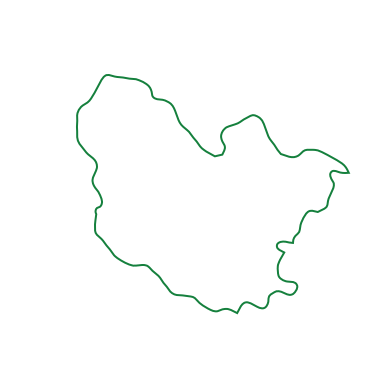 outline of Pimentel, Duarte, Dominican Republic, rotated 299°
{"feature_id": "3306468B52155686963809", "entity_name": "Pimentel", "entity_type": "district", "adm_level": 2, "iso_a3": "DOM", "parent_name": "Dominican Republic", "parent_adm1": "Duarte", "projection": "natural_earth1", "projection_center": [-70.124, 19.207], "detail": "fine", "context": "isolated", "style": "outline", "palette": "green", "viewbox_px": 384, "rotation_deg": 299, "n_neighbors": 0, "source": "geoboundaries", "source_scale": "gbopen_adm2", "svg_char_len": 3631}
<svg xmlns="http://www.w3.org/2000/svg" viewBox="0 0 384 384"><g transform="rotate(299 192 192)"><path d="M263.5,88.3L260.8,82.3L258.7,76.2L256.3,70.7L255.5,68.4L254.1,62.7L252.9,60.7L252.0,59.9L249.9,59.0L246.2,58.5L231.4,58.7L224.7,58.4L222.1,58.0L219.6,57.2L214.7,54.5L212.6,53.7L209.0,53.2L205.5,53.6L203.3,54.4L198.5,57.2L193.2,59.8L189.3,62.2L184.3,65.0L181.6,67.3L179.6,70.2L175.3,80.4L174.6,82.8L173.5,89.1L172.7,91.6L171.5,93.7L169.9,95.4L168.0,96.7L166.8,97.2L164.3,97.7L156.6,98.4L154.2,99.2L153.2,99.8L151.4,101.3L150.0,103.1L148.8,105.2L146.8,109.9L144.6,113.2L142.1,116.2L140.2,117.8L139.2,118.4L137.1,119.0L135.2,118.9L134.4,118.6L132.0,116.7L130.3,116.4L128.5,116.9L127.2,117.8L126.2,119.0L120.1,121.4L116.6,122.9L111.2,126.0L109.6,127.5L108.5,129.5L107.1,135.4L106.3,137.7L103.8,143.1L102.0,147.9L98.9,154.5L98.5,155.9L98.0,158.8L97.7,163.2L97.7,167.7L98.1,172.1L98.7,174.9L99.1,176.3L100.4,178.6L104.0,183.8L105.1,185.9L105.7,188.2L105.7,189.3L105.3,191.4L103.9,195.7L102.4,203.3L101.5,205.7L98.7,211.1L96.9,215.9L94.4,221.2L93.9,223.6L93.9,226.2L94.5,228.6L97.0,233.9L100.0,241.6L100.6,243.7L100.6,245.9L98.6,252.4L98.0,256.6L97.8,262.4L97.9,265.3L98.2,268.0L99.0,270.4L99.6,271.5L100.3,272.3L104.2,275.6L105.6,277.4L106.8,279.5L107.2,280.7L107.7,283.3L108.0,290.2L115.9,290.1L118.3,290.5L120.5,291.5L121.4,292.4L122.2,293.5L122.6,294.7L123.1,297.4L123.2,304.5L123.4,307.2L124.2,309.7L124.9,310.8L125.9,311.7L127.0,312.2L128.2,312.5L130.6,312.5L132.9,312.0L136.1,310.5L138.2,310.0L140.5,310.5L144.4,312.7L146.1,314.0L147.3,316.0L148.0,318.4L148.6,324.8L149.3,327.2L150.0,328.3L150.9,329.2L151.9,329.9L154.2,330.6L157.6,330.8L159.9,330.2L160.9,329.6L161.7,328.6L162.3,327.5L162.5,326.4L162.3,324.2L159.8,318.5L159.4,317.2L159.0,314.4L159.2,311.7L159.5,310.4L160.1,309.1L160.8,308.2L162.4,306.8L166.5,304.1L169.0,302.9L170.2,302.5L172.9,302.1L175.5,301.9L183.8,302.0L183.7,296.6L184.2,294.2L185.0,293.1L185.9,292.4L186.9,292.0L188.0,291.9L189.1,292.2L190.2,292.8L191.2,293.6L192.8,295.7L193.9,298.0L195.0,301.6L196.4,305.0L199.3,303.8L201.4,303.5L203.6,303.7L206.8,304.7L209.0,305.1L211.2,304.6L215.8,302.9L218.3,302.4L223.5,302.0L228.5,302.3L230.8,303.0L231.8,303.6L232.7,304.4L233.9,306.3L235.5,311.7L241.6,315.9L243.5,316.7L244.4,316.9L246.4,316.7L250.1,315.3L252.5,314.7L264.0,313.7L266.3,313.0L268.2,311.9L268.9,311.1L271.0,307.5L272.9,305.3L274.6,304.2L275.6,304.0L276.6,304.0L277.6,304.3L278.5,304.8L279.2,305.7L280.0,307.6L280.9,312.2L281.7,314.4L282.8,316.6L284.8,319.8L286.9,316.8L288.1,314.7L289.1,312.2L289.7,309.3L290.1,303.3L290.1,292.5L289.9,286.3L289.4,281.9L288.5,279.3L287.5,277.2L284.7,272.2L283.3,270.6L281.5,269.5L277.4,268.2L275.4,267.4L273.6,266.1L272.0,264.4L270.8,262.3L269.9,259.8L268.3,251.3L270.3,246.4L273.2,241.0L275.2,236.3L276.3,234.0L277.7,231.8L279.4,229.8L286.3,221.9L288.5,218.7L289.4,216.2L289.7,214.9L289.8,212.4L289.5,209.9L289.1,208.8L288.5,207.7L286.9,206.2L280.5,202.1L276.3,200.0L274.2,198.7L272.2,197.0L267.4,192.5L265.4,190.9L264.3,190.3L261.9,189.6L260.7,189.4L258.3,189.4L256.0,189.9L254.9,190.4L253.9,191.0L252.3,192.4L250.9,194.1L248.6,197.8L247.9,198.5L247.1,199.1L246.1,199.6L244.0,200.1L239.4,200.4L234.3,194.7L234.3,184.9L234.6,182.1L235.0,179.5L235.8,177.0L238.4,171.6L240.2,166.8L243.2,160.2L243.8,157.7L244.8,152.6L245.6,150.0L246.8,147.6L248.4,145.3L254.8,137.9L256.5,135.7L257.9,133.4L258.9,130.7L259.2,128.1L259.0,124.1L258.4,121.6L256.3,116.6L255.9,114.4L255.9,113.3L256.1,112.3L256.5,111.3L257.1,110.5L260.1,108.1L261.5,106.6L262.8,104.8L263.8,102.5L264.3,99.9L264.5,95.8L264.1,91.6L263.5,88.3Z" fill="none" stroke="#15803d" stroke-width="2"/></g></svg>